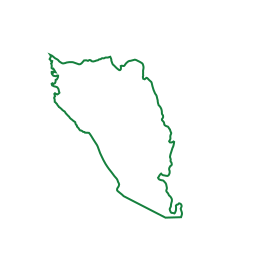 Cachoeira do Piriá, Pará, Brazil (Natural Earth projection), rotated 327°
{"feature_id": "56859067B84047664987434", "entity_name": "Cachoeira do Piriá", "entity_type": "district", "adm_level": 2, "iso_a3": "BRA", "parent_name": "Brazil", "parent_adm1": "Pará", "projection": "natural_earth1", "projection_center": [-46.43, -2.011], "detail": "fine", "context": "isolated", "style": "outline", "palette": "green", "viewbox_px": 256, "rotation_deg": 327, "n_neighbors": 0, "source": "geoboundaries", "source_scale": "gbopen_adm2", "svg_char_len": 4570}
<svg xmlns="http://www.w3.org/2000/svg" viewBox="0 0 256 256"><g transform="rotate(327 128 128)"><path d="M151.9,58.6L151.0,58.3L149.6,58.0L148.1,57.0L147.3,56.6L146.3,56.6L145.5,56.3L144.3,55.4L143.6,55.3L142.6,55.4L141.1,54.7L139.8,54.8L137.9,54.1L137.1,54.0L135.1,53.3L134.3,52.6L133.8,52.0L133.6,50.8L132.7,50.0L131.8,49.9L131.0,49.9L130.0,48.6L128.0,47.4L124.5,48.4L123.0,48.5L122.1,48.2L121.5,47.8L117.8,43.0L117.1,42.4L114.7,40.8L113.6,40.3L112.3,39.7L110.6,39.3L108.9,38.6L108.2,38.0L107.7,37.2L106.6,34.7L106.4,32.9L105.7,31.3L104.9,30.0L103.9,26.7L103.6,25.9L102.6,24.3L102.6,25.2L101.9,26.4L99.8,27.5L100.0,28.5L99.9,30.1L100.8,30.6L100.3,31.2L99.4,32.0L98.7,32.0L98.4,33.3L97.9,34.4L96.6,36.0L96.9,37.2L97.7,37.5L97.7,39.0L97.6,41.7L96.5,40.5L95.6,40.8L95.5,39.8L94.6,39.4L93.9,40.3L93.6,41.7L93.9,43.6L95.5,45.1L96.3,45.4L97.3,45.4L97.9,46.0L97.2,47.0L95.9,47.9L94.7,48.5L93.6,48.2L92.3,49.9L91.1,50.6L89.6,50.5L89.0,49.3L88.0,49.4L87.6,50.9L88.7,52.8L89.9,54.0L90.9,55.4L90.9,57.5L90.1,59.6L89.7,61.1L88.1,61.4L86.9,61.3L86.2,60.2L85.7,59.1L84.8,59.3L84.4,60.5L84.1,61.7L82.9,62.1L82.4,62.6L82.1,64.0L80.8,66.2L81.2,67.2L81.2,68.0L81.5,69.1L81.4,69.8L81.4,71.1L81.6,71.9L81.5,72.8L81.9,73.5L82.2,74.6L82.6,75.8L82.7,76.8L83.1,78.0L83.4,78.8L83.8,79.5L83.9,80.7L83.8,81.5L83.9,82.3L84.1,83.3L84.3,84.5L84.5,85.5L84.8,86.4L84.7,87.3L84.9,88.6L85.3,89.9L85.6,90.6L85.9,91.8L86.4,93.1L86.9,94.3L86.4,95.7L86.2,96.7L86.5,98.0L86.0,99.0L86.2,100.0L86.4,101.1L86.4,102.0L86.4,103.0L86.6,104.0L87.4,104.7L88.0,105.8L88.2,106.7L89.3,107.7L89.4,108.5L91.7,110.1L92.6,110.8L92.8,112.5L92.8,113.5L92.8,115.0L92.7,119.1L92.7,123.1L92.7,124.2L92.7,125.3L92.5,127.0L90.9,134.0L90.3,138.4L89.9,141.6L89.6,145.9L89.6,149.2L89.7,151.9L90.1,156.3L90.4,161.0L90.9,164.4L90.8,165.9L90.3,167.9L90.2,169.2L89.9,170.4L88.8,171.5L88.1,172.0L87.0,172.4L85.9,173.0L85.2,173.8L84.9,174.5L85.1,175.6L86.7,180.5L87.0,181.7L87.2,182.7L91.7,190.6L94.1,194.8L94.8,196.0L110.6,223.6L112.1,224.5L123.9,231.7L126.1,229.9L126.9,228.8L127.3,227.7L127.7,226.1L128.2,224.4L129.2,223.7L130.2,223.0L130.8,222.0L130.9,220.7L130.5,219.8L129.8,219.0L128.8,219.2L128.0,219.3L127.1,218.9L125.9,219.2L125.3,220.2L125.0,220.9L124.5,221.6L123.5,223.0L122.8,223.6L122.1,224.1L121.0,224.8L120.4,224.9L119.8,224.2L119.3,223.6L118.5,223.1L118.0,222.2L118.1,221.4L118.3,220.1L118.8,218.7L120.0,217.9L121.2,217.2L121.7,216.5L122.5,215.5L123.4,214.6L125.0,213.2L125.4,212.6L126.0,211.6L126.2,210.2L126.2,208.7L126.0,207.9L125.7,206.9L125.8,205.8L126.0,204.8L125.9,204.0L125.7,202.7L125.8,201.8L126.2,201.1L127.4,200.2L128.0,199.4L128.6,197.9L129.4,195.8L129.5,194.6L129.3,193.2L129.1,191.9L128.7,190.9L127.9,190.3L126.9,189.2L126.2,188.2L126.0,187.3L126.1,186.1L127.1,185.7L128.4,185.0L129.7,184.5L130.9,184.3L131.0,185.1L131.3,185.9L131.7,186.7L132.7,187.6L133.9,188.8L135.0,189.7L136.1,189.8L137.0,189.4L138.2,188.6L139.0,187.6L139.6,186.5L139.7,185.7L140.2,184.7L141.0,183.9L142.7,183.0L144.0,183.0L144.8,182.5L145.5,181.1L145.6,180.3L145.5,179.3L146.0,178.4L146.6,177.8L147.0,176.8L147.4,175.2L148.1,174.4L149.3,173.2L150.8,172.0L151.4,171.5L152.0,171.0L154.4,169.0L155.1,168.6L156.0,168.0L157.1,167.0L158.0,166.1L159.1,164.8L158.8,164.1L158.0,164.1L157.3,164.0L156.2,163.6L155.3,162.8L155.3,161.5L156.6,160.9L157.2,160.5L157.8,160.0L159.0,157.9L159.8,157.1L160.6,156.6L161.5,155.8L161.7,154.6L162.0,153.2L162.4,152.0L162.2,151.1L162.3,149.6L162.2,148.6L161.6,147.9L160.9,146.9L160.3,145.6L160.4,144.7L160.8,143.9L161.1,143.1L161.2,142.3L161.0,141.1L160.8,140.0L161.2,139.1L162.5,138.6L163.5,137.9L164.2,136.5L164.1,135.1L164.5,134.0L165.2,132.9L165.7,131.9L166.0,131.1L166.4,129.7L166.5,127.9L166.4,126.7L166.1,125.6L166.4,124.7L166.6,123.8L167.3,122.1L168.0,120.9L168.4,119.6L169.0,118.0L169.5,116.5L169.6,115.5L169.5,114.2L169.6,113.2L169.9,111.6L170.1,110.3L170.5,108.9L171.2,106.5L171.9,104.5L172.4,103.2L172.6,102.0L172.2,100.6L171.8,99.0L171.5,97.3L171.2,96.4L170.7,95.9L169.8,96.1L168.5,96.2L167.6,95.0L168.0,93.8L168.5,93.0L169.4,92.2L169.9,91.1L170.8,89.9L171.8,88.2L173.3,86.6L174.2,85.4L174.8,83.9L175.1,82.8L175.2,81.9L174.9,80.9L173.8,78.7L173.0,77.4L172.2,76.0L171.6,75.1L170.9,74.4L169.9,74.1L168.7,73.7L167.5,73.3L166.6,73.0L165.7,72.5L164.5,72.3L163.5,72.4L162.0,72.6L160.2,73.2L159.4,73.6L158.7,73.8L157.9,73.5L156.6,72.3L155.7,72.1L155.3,72.9L154.5,74.2L153.8,74.9L152.9,75.1L152.2,74.7L151.8,73.7L151.4,72.6L151.2,71.9L151.0,71.2L150.6,69.2L150.3,67.8L149.9,66.5L150.0,65.4L150.6,62.9L150.9,62.1L151.4,61.3L151.6,60.3L151.9,58.6Z" fill="none" stroke="#15803d" stroke-width="2"/></g></svg>